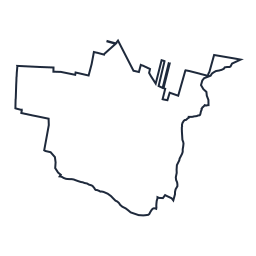 outline of Ciénega de Zimatlán, Oaxaca, Mexico
{"feature_id": "50627088B24953100637846", "entity_name": "Ciénega de Zimatlán", "entity_type": "district", "adm_level": 2, "iso_a3": "MEX", "parent_name": "Mexico", "parent_adm1": "Oaxaca", "projection": "orthographic", "projection_center": [-96.761, 16.893], "detail": "fine", "context": "isolated", "style": "outline", "palette": "slate", "viewbox_px": 256, "rotation_deg": 0, "n_neighbors": 0, "source": "geoboundaries", "source_scale": "gbopen_adm2", "svg_char_len": 3492}
<svg xmlns="http://www.w3.org/2000/svg" viewBox="0 0 256 256"><path d="M118.0,40.6L115.8,43.4L107.5,41.1L107.4,41.5L115.6,43.8L104.1,54.1L104.0,54.6L97.0,52.7L96.7,52.7L93.9,52.0L93.2,55.8L91.6,64.2L88.6,75.5L75.6,72.5L75.2,74.8L60.9,71.9L53.4,71.7L53.5,67.9L53.5,67.5L40.1,67.0L17.3,65.9L17.4,66.2L17.3,67.0L16.8,72.6L16.6,76.7L16.5,77.0L16.4,79.8L16.4,80.4L16.2,84.5L15.8,97.0L15.7,99.0L15.6,99.4L15.4,108.2L15.4,108.3L16.7,108.7L21.0,109.8L21.7,109.7L21.8,110.3L21.3,113.0L21.6,113.1L23.2,113.4L24.9,113.8L26.0,114.0L27.0,114.2L27.7,114.4L28.4,114.5L29.0,114.7L29.8,114.8L30.6,115.0L31.2,115.1L31.9,115.3L36.0,116.1L48.6,118.7L48.6,119.0L48.8,125.1L46.9,135.6L44.2,150.3L45.4,151.0L50.6,152.2L54.9,157.1L55.6,162.4L55.2,168.1L58.1,172.6L60.8,174.8L59.7,176.4L61.1,176.6L62.3,177.1L63.5,177.9L65.9,178.8L67.5,179.0L69.4,179.1L71.5,179.1L73.8,179.5L75.3,180.1L77.8,181.0L80.9,182.0L82.8,182.3L84.5,183.0L87.1,183.5L88.9,184.6L91.6,185.4L92.7,186.1L93.5,187.1L94.1,187.8L94.5,188.4L95.0,189.3L95.6,189.9L97.7,190.2L98.4,190.7L99.3,190.9L100.3,191.6L101.6,191.5L103.5,191.9L107.7,193.7L111.0,196.1L113.1,198.3L115.5,200.7L116.9,201.3L118.2,202.3L119.1,203.2L120.1,204.8L122.3,206.7L123.7,207.4L125.7,208.4L127.8,210.0L130.7,212.4L138.6,215.1L143.2,215.4L145.5,215.2L148.3,214.8L149.3,214.0L150.2,212.2L151.5,210.1L152.6,208.8L153.8,208.3L154.9,208.3L156.2,208.8L156.4,207.6L156.3,205.7L156.4,203.8L156.7,200.9L157.5,198.3L157.5,197.2L159.0,197.9L162.9,198.1L165.1,195.1L166.4,195.8L171.7,198.3L173.3,200.4L175.0,194.2L175.0,191.9L175.6,189.3L177.4,186.2L177.4,184.3L177.1,182.3L176.1,180.0L175.8,177.3L176.7,172.9L176.6,169.5L176.9,165.1L179.3,160.3L179.6,158.6L181.1,155.7L182.1,153.7L182.7,151.8L182.7,149.3L183.2,146.4L183.5,143.6L183.2,141.9L182.4,139.8L181.9,131.5L181.9,130.9L181.9,130.5L181.8,129.4L181.9,128.8L181.8,128.3L181.8,127.7L181.9,127.2L182.0,126.7L182.1,126.3L182.0,125.7L182.0,125.2L182.0,124.7L182.1,124.3L182.3,123.7L182.4,123.2L182.6,122.7L182.9,122.3L183.2,121.8L183.5,121.3L183.8,120.8L184.4,120.4L184.6,120.1L186.0,119.9L186.6,119.4L186.9,119.1L187.3,118.7L187.8,118.3L188.4,117.9L188.9,117.6L188.8,116.9L191.6,116.9L193.1,116.7L193.9,116.4L195.0,116.3L196.6,116.1L197.2,115.9L198.0,115.5L199.5,115.3L200.0,114.9L200.2,114.4L200.4,113.9L200.5,113.4L200.6,112.9L200.7,112.3L200.9,111.6L201.1,110.9L201.4,110.3L201.7,109.6L201.5,108.9L201.6,108.7L202.0,108.3L202.2,107.8L202.5,107.3L203.2,106.9L203.9,106.1L204.3,105.7L204.8,105.1L205.9,105.6L207.2,105.3L208.2,105.1L208.5,105.1L208.4,99.9L206.8,95.7L206.4,91.9L203.4,89.2L201.0,85.1L202.3,80.5L204.1,78.2L210.6,75.7L211.9,73.6L213.6,72.4L215.8,71.1L216.8,70.9L218.0,70.7L219.3,70.5L220.1,70.2L221.0,70.0L221.5,69.9L223.1,69.1L223.7,68.9L224.7,67.4L227.0,67.0L229.5,67.0L230.5,66.5L232.0,63.6L240.6,59.6L237.3,59.0L236.4,58.8L214.1,55.0L209.4,71.9L208.4,73.7L208.0,75.4L207.9,75.8L200.3,73.9L199.4,73.6L190.0,71.2L189.7,71.1L185.5,70.3L185.4,70.4L178.2,95.7L169.7,92.7L167.4,100.2L163.2,99.4L162.6,99.2L165.2,88.8L163.5,88.1L163.6,87.9L169.7,63.5L169.3,63.5L169.1,63.5L168.9,63.4L168.7,63.3L162.7,87.7L162.6,87.9L158.6,86.0L158.7,85.7L164.5,61.3L164.5,61.1L161.6,60.2L155.7,83.6L150.7,75.8L149.1,72.9L150.0,69.0L149.6,68.8L149.1,68.5L148.6,68.3L147.8,68.0L147.4,67.7L147.0,67.6L146.6,67.4L146.1,67.1L145.8,67.0L145.3,66.8L144.9,66.6L144.5,66.4L143.7,66.0L143.3,65.8L143.0,65.7L142.5,65.5L142.1,65.4L141.7,65.3L140.8,64.9L138.9,72.0L133.8,70.8L133.5,70.8L118.0,40.6Z" fill="none" stroke="#1e293b" stroke-width="2"/></svg>